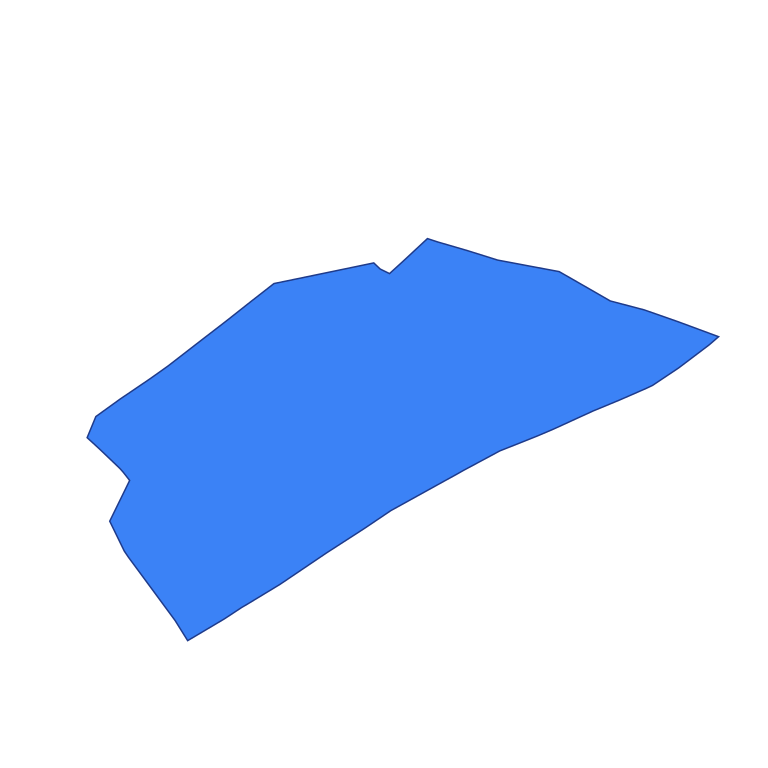 outline of Alagoinha do Piauí, Piauí, Brazil, rotated 238°
{"feature_id": "56859067B21124147099075", "entity_name": "Alagoinha do Piauí", "entity_type": "district", "adm_level": 2, "iso_a3": "BRA", "parent_name": "Brazil", "parent_adm1": "Piauí", "projection": "mercator", "projection_center": [-40.918, -6.952], "detail": "fine", "context": "isolated", "style": "filled", "palette": "blue", "viewbox_px": 768, "rotation_deg": 238, "n_neighbors": 0, "source": "geoboundaries", "source_scale": "gbopen_adm2", "svg_char_len": 885}
<svg xmlns="http://www.w3.org/2000/svg" viewBox="0 0 768 768"><g transform="rotate(238 384 384)"><path d="M492.1,439.5L509.8,391.6L527.5,343.9L524.6,316.1L521.0,283.5L518.1,253.9L513.7,210.1L512.7,193.2L512.4,187.9L511.6,166.9L511.1,152.8L509.1,122.4L495.8,103.8L479.6,108.3L452.1,115.3L447.3,116.1L437.0,117.2L434.3,112.9L413.0,78.7L379.9,75.2L372.2,75.5L347.7,77.4L294.1,81.5L270.4,81.5L269.4,124.0L269.9,145.0L269.7,151.7L269.2,189.8L271.2,245.5L271.9,291.4L273.0,322.7L269.7,384.2L268.9,398.6L268.6,405.7L265.9,446.7L258.7,486.2L255.9,504.1L252.7,528.7L250.3,547.1L245.6,575.1L241.3,604.2L240.5,611.0L241.5,642.7L244.9,680.7L246.8,692.8L281.1,666.3L308.9,644.0L334.5,619.9L364.3,604.0L386.5,592.1L407.9,568.8L411.7,564.7L428.9,546.0L452.6,525.7L475.9,504.9L484.3,497.9L478.0,465.3L474.7,447.2L483.5,441.7L492.1,439.5Z" fill="#3b82f6" stroke="#1e3a8a" stroke-width="1.5"/></g></svg>